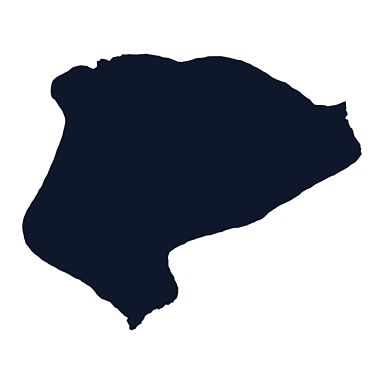 May Aini, Debub, Eritrea (Mercator projection)
{"feature_id": "51966322B38754897924097", "entity_name": "May Aini", "entity_type": "district", "adm_level": 2, "iso_a3": "ERI", "parent_name": "Eritrea", "parent_adm1": "Debub", "projection": "mercator", "projection_center": [39.05, 14.783], "detail": "fine", "context": "isolated", "style": "filled", "palette": "ink", "viewbox_px": 384, "rotation_deg": 0, "n_neighbors": 0, "source": "geoboundaries", "source_scale": "gbopen_adm2", "svg_char_len": 5848}
<svg xmlns="http://www.w3.org/2000/svg" viewBox="0 0 384 384"><path d="M345.1,102.2L343.9,102.5L340.5,104.1L338.3,105.0L335.8,105.7L327.6,107.1L325.7,106.3L324.2,106.0L322.7,105.8L320.2,105.7L318.3,105.8L314.9,105.5L314.3,105.3L313.4,104.6L311.6,102.9L310.1,100.9L309.3,100.0L306.7,98.5L301.8,94.8L299.0,92.2L298.0,91.7L296.6,90.8L292.5,88.7L291.2,87.9L289.9,86.6L288.1,85.2L286.6,84.2L285.1,83.0L284.3,82.8L282.2,82.4L278.4,80.9L277.6,80.7L272.0,78.1L267.7,74.8L265.4,73.3L263.6,72.5L259.6,70.0L257.1,68.5L253.3,66.9L249.7,64.5L246.6,63.6L241.9,61.4L240.3,60.9L237.1,60.6L233.7,59.5L230.1,58.7L229.0,58.4L220.8,56.9L208.8,57.0L207.3,57.3L205.1,58.0L201.6,58.6L197.5,58.8L195.4,59.2L193.7,60.0L189.9,61.1L187.7,61.7L185.9,62.0L184.1,62.2L181.4,62.8L180.0,62.5L178.2,62.6L174.7,61.1L173.6,60.7L172.4,60.1L169.6,59.1L168.2,58.7L162.7,58.0L159.3,56.7L158.0,56.5L155.6,56.1L149.1,55.1L146.3,54.5L142.5,55.0L141.0,54.9L137.4,55.3L131.9,55.1L128.9,54.9L126.7,55.2L124.7,55.4L123.0,54.9L121.9,56.1L121.3,56.4L120.7,56.9L119.8,57.2L117.3,57.0L115.5,57.7L113.4,57.8L111.5,59.8L110.4,61.2L109.6,61.6L109.0,61.7L108.6,61.7L106.1,60.3L101.7,59.4L101.2,59.5L100.7,60.5L100.0,61.4L97.8,61.7L97.6,62.2L97.9,66.3L97.2,67.5L96.1,68.3L94.8,68.9L93.9,69.8L91.6,69.1L87.3,67.2L86.8,66.5L85.6,66.8L84.6,66.5L82.8,66.3L82.1,66.1L81.0,66.1L79.3,66.3L75.1,67.4L74.3,67.5L72.7,68.3L71.8,69.0L71.3,69.4L70.2,70.4L67.7,72.2L64.7,73.6L63.1,74.6L60.8,75.7L59.6,76.3L58.6,76.8L57.6,77.4L54.5,79.8L54.0,80.4L53.2,81.6L52.8,82.5L52.3,84.2L52.1,85.0L52.0,85.9L51.7,87.1L51.4,91.6L51.5,92.9L51.7,94.0L52.3,96.4L52.9,97.5L53.8,98.2L54.8,98.6L55.4,99.3L56.4,100.7L57.1,101.8L57.8,102.8L58.3,103.8L59.7,105.9L61.0,107.8L62.0,108.9L63.0,110.5L64.3,113.8L65.5,117.1L65.9,118.8L66.0,120.1L66.0,121.8L65.9,123.2L65.4,125.7L64.4,129.5L64.3,130.5L63.8,132.0L63.1,135.8L62.8,136.3L62.3,137.9L60.0,144.2L59.8,145.3L59.0,146.6L58.0,148.9L57.8,149.6L57.1,151.4L55.3,157.2L54.4,159.4L54.1,160.5L53.6,161.3L53.1,162.8L52.3,164.2L51.3,166.4L50.0,169.7L49.3,171.4L48.5,173.6L47.9,174.9L46.2,177.7L45.3,179.3L42.5,186.1L41.3,188.1L40.1,189.4L39.6,190.2L38.3,193.2L37.2,194.9L36.9,195.6L36.2,196.6L34.3,200.0L32.5,202.4L31.0,205.0L30.3,206.5L29.0,208.3L27.1,211.5L24.6,217.5L23.7,220.8L23.6,222.1L23.1,224.5L23.0,227.5L23.2,228.8L23.3,229.8L23.4,230.8L23.7,232.5L24.2,234.1L24.6,236.8L24.9,238.3L25.5,239.9L26.2,242.5L26.6,243.4L28.4,245.7L29.0,246.3L30.1,247.9L31.1,249.1L32.1,250.6L33.8,252.1L35.2,253.5L36.5,254.3L39.5,256.7L42.0,258.9L44.1,260.3L46.6,261.7L47.6,262.1L48.5,263.1L52.4,265.2L53.7,265.7L56.5,267.3L57.1,267.7L58.3,268.4L60.0,269.5L61.1,269.9L63.0,270.8L65.3,271.7L67.6,272.8L69.9,274.1L72.4,275.7L74.1,276.6L75.4,277.4L77.1,278.1L78.8,278.6L80.9,279.6L81.2,280.1L82.4,281.1L85.3,282.7L86.1,283.4L87.0,284.0L89.1,285.2L90.0,285.6L92.4,287.7L93.3,288.7L95.5,291.3L97.2,293.9L98.8,295.4L99.6,296.1L101.2,297.6L102.0,298.1L109.5,301.0L110.3,301.4L110.6,301.4L112.2,303.2L112.7,303.9L114.4,305.6L114.7,306.2L115.6,306.9L117.6,307.8L118.6,308.6L119.4,309.8L121.7,312.2L123.1,313.3L124.5,314.8L125.4,315.5L127.5,316.7L129.1,318.0L127.6,320.0L127.5,321.0L128.8,322.7L128.8,323.3L129.3,323.8L130.3,325.9L130.0,328.3L130.0,328.8L131.0,329.1L131.7,329.1L132.2,329.5L132.6,329.4L133.1,328.7L133.7,328.4L134.9,328.3L135.2,327.8L135.2,327.3L135.5,326.8L136.0,326.6L136.4,326.2L136.4,325.7L136.7,325.2L137.7,325.0L138.2,324.2L139.3,323.7L140.0,323.5L140.5,323.1L140.9,322.7L140.5,322.3L140.7,321.5L140.9,321.2L142.3,319.9L143.3,318.4L143.9,317.0L144.0,316.4L144.3,315.9L145.0,315.1L145.6,314.5L147.0,313.7L147.5,313.2L147.9,313.0L148.8,312.8L149.2,312.7L151.0,311.8L151.2,311.1L151.5,310.8L152.9,309.6L153.4,308.9L153.9,308.5L154.3,308.4L155.0,309.0L155.6,308.0L156.2,308.0L156.6,307.7L156.9,307.3L157.4,307.2L158.1,308.6L158.9,308.6L160.4,307.7L161.8,307.3L163.6,305.6L164.3,305.0L164.6,304.4L165.0,304.0L165.6,303.7L166.6,303.9L166.9,303.5L167.4,303.2L167.6,304.1L168.1,304.3L168.8,303.8L169.3,302.8L170.0,302.9L170.5,302.5L171.0,301.7L171.6,301.6L172.2,301.8L172.9,301.7L173.1,300.9L173.7,299.8L175.7,298.2L176.4,297.2L177.5,292.4L177.4,291.4L177.4,289.8L177.5,289.3L177.5,288.2L177.4,287.5L176.7,286.5L176.6,286.1L176.3,284.3L175.2,283.0L175.0,281.6L174.3,281.1L173.9,280.0L173.5,277.5L172.8,276.1L172.3,275.6L171.1,273.9L170.2,272.4L169.7,271.1L169.4,270.1L169.4,269.5L168.0,267.2L167.7,265.6L167.6,262.0L167.5,261.6L167.7,261.2L167.7,260.4L167.1,257.9L167.1,257.3L168.4,253.1L169.4,251.4L170.9,250.2L173.4,248.5L173.9,248.0L175.7,247.1L176.4,246.6L180.4,244.6L183.4,243.6L184.9,242.9L185.5,242.2L186.3,241.6L188.2,240.6L194.4,238.7L196.4,237.8L200.0,236.9L201.2,236.4L202.8,236.0L206.0,234.8L208.0,234.7L210.7,234.3L214.2,233.1L219.4,231.5L220.2,231.5L222.2,231.0L225.9,229.3L229.4,228.4L231.9,227.6L234.0,227.2L238.6,227.0L240.0,226.5L242.8,225.8L244.6,225.2L246.7,224.7L250.8,222.8L252.5,222.1L254.0,221.6L257.1,219.9L259.5,219.3L261.7,218.2L264.5,215.9L265.4,215.0L267.6,212.7L269.5,211.2L271.6,210.0L273.3,208.6L274.7,208.0L276.8,206.3L279.4,204.8L281.6,203.7L284.4,202.5L286.6,201.4L288.7,200.6L291.8,198.7L296.0,196.0L298.9,194.3L300.8,192.3L302.4,191.0L305.0,189.6L305.9,188.9L310.1,187.2L314.2,184.3L317.9,182.2L321.5,180.5L331.6,175.1L332.8,175.0L333.3,174.9L336.5,172.8L338.8,171.6L340.9,170.3L343.0,169.3L344.1,168.7L347.7,166.6L349.2,165.2L352.0,163.2L353.4,162.7L355.5,161.0L358.4,157.6L358.7,156.9L360.0,155.2L361.0,153.6L360.2,152.2L360.0,150.5L360.4,148.9L359.8,147.2L359.7,146.4L359.7,145.2L359.4,144.3L357.8,142.3L353.7,136.4L353.3,135.1L352.7,132.5L352.5,131.3L352.0,130.0L351.0,128.6L349.8,127.9L348.3,124.4L347.8,123.0L347.6,121.1L347.2,120.2L345.5,119.8L344.7,119.5L344.6,118.2L345.0,117.4L344.9,116.3L346.8,114.6L346.7,113.7L346.2,111.9L344.9,110.5L344.9,110.1L345.3,109.0L345.6,107.8L345.3,106.4L345.1,102.2Z" fill="#0f172a" stroke="#020617" stroke-width="1.5"/></svg>